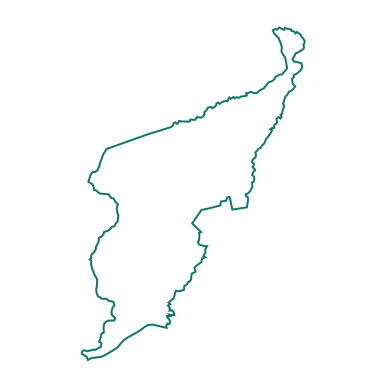 the district of Venâncio Aires, Rio Grande do Sul, Brazil, rotated 78°
{"feature_id": "56859067B17249233565131", "entity_name": "Venâncio Aires", "entity_type": "district", "adm_level": 2, "iso_a3": "BRA", "parent_name": "Brazil", "parent_adm1": "Rio Grande do Sul", "projection": "natural_earth1", "projection_center": [-52.217, -29.554], "detail": "fine", "context": "isolated", "style": "outline", "palette": "teal", "viewbox_px": 384, "rotation_deg": 78, "n_neighbors": 0, "source": "geoboundaries", "source_scale": "gbopen_adm2", "svg_char_len": 4333}
<svg xmlns="http://www.w3.org/2000/svg" viewBox="0 0 384 384"><g transform="rotate(78 192 192)"><path d="M319.6,245.1L317.6,245.0L315.6,243.4L316.5,241.3L313.9,240.4L310.9,241.1L309.7,242.3L308.1,242.1L308.8,239.0L307.1,239.9L308.8,234.9L305.9,234.8L303.6,236.0L303.4,238.7L301.1,237.8L298.0,239.1L297.3,236.6L295.3,238.0L292.3,232.2L289.4,230.5L287.3,229.6L285.4,228.5L286.1,226.1L286.5,224.0L286.0,220.1L282.3,219.1L281.4,216.2L279.5,214.8L278.7,212.3L277.0,210.9L274.4,210.3L271.8,209.1L270.8,205.1L266.6,205.4L265.1,202.9L263.9,200.6L262.5,197.4L259.1,195.9L258.7,192.6L257.1,194.2L255.8,193.2L254.2,191.4L251.1,191.1L248.1,188.5L247.4,191.2L246.2,193.7L244.6,196.2L242.0,196.5L240.5,195.0L237.8,194.3L235.1,193.6L233.2,193.5L233.0,191.5L231.4,192.5L229.5,193.8L226.2,196.0L222.8,198.4L211.5,186.4L211.6,182.1L211.1,167.1L207.3,165.7L207.7,160.3L204.6,158.6L204.6,156.2L217.6,156.2L218.4,141.5L213.5,139.6L211.5,138.8L208.9,138.5L207.2,140.0L205.3,140.0L204.9,137.3L203.4,135.1L199.7,131.9L197.4,131.5L195.3,131.3L194.7,129.4L192.2,128.3L189.9,128.2L187.9,129.6L185.4,128.2L183.7,125.6L182.2,126.2L180.3,127.5L178.4,125.8L176.8,125.7L175.5,127.1L173.2,126.0L170.8,122.2L168.6,121.7L166.4,121.8L165.2,119.8L163.5,117.8L163.1,115.7L161.0,113.8L159.7,111.5L158.0,110.1L156.1,108.9L154.3,106.9L151.8,104.0L150.1,102.2L148.3,100.8L146.9,102.4L146.1,100.5L146.4,98.5L143.6,97.6L142.6,95.4L141.3,94.0L139.6,94.3L137.8,94.1L136.7,91.7L138.5,90.1L136.9,88.7L134.9,89.3L134.2,87.5L131.8,86.8L129.3,85.3L127.0,83.9L124.3,84.6L122.6,83.3L119.5,81.7L118.0,80.8L116.8,78.5L114.2,76.5L112.9,72.2L111.6,70.8L110.3,69.1L106.9,71.0L101.9,70.5L100.7,68.4L98.8,68.2L98.1,65.2L96.2,61.3L94.0,58.9L91.9,58.0L88.9,58.2L87.4,60.9L85.5,65.3L82.8,66.0L79.5,62.8L78.0,61.9L77.4,58.9L75.2,53.2L73.5,52.2L71.4,52.5L69.0,50.6L66.8,50.7L64.9,51.3L62.6,52.8L60.8,52.9L59.5,54.1L57.3,56.0L58.5,57.7L56.3,58.7L55.3,61.1L53.6,61.1L52.2,64.9L50.9,67.0L52.6,68.4L49.3,72.4L50.9,75.3L49.9,76.8L50.5,79.2L53.5,78.9L55.8,77.6L57.6,76.5L59.6,75.1L62.3,74.9L64.4,74.2L66.2,74.5L68.1,73.9L70.2,74.4L73.2,75.3L76.0,74.6L79.9,72.8L89.6,73.2L91.3,73.6L92.6,75.3L93.9,77.2L95.7,79.4L95.4,82.2L96.1,84.2L96.7,86.5L98.5,87.6L99.7,89.5L100.4,91.7L100.7,94.5L102.1,96.0L103.6,98.0L105.6,100.2L106.1,102.6L106.8,104.6L107.8,106.3L108.8,108.8L107.8,111.5L106.2,113.4L106.7,116.3L106.7,118.6L109.0,118.3L109.2,120.9L108.8,124.1L109.7,126.2L108.6,128.3L109.3,130.8L107.7,131.5L108.9,134.9L107.3,135.9L108.9,137.3L110.5,138.2L110.0,140.3L109.9,142.5L110.4,144.3L111.6,146.8L109.9,147.7L110.3,149.6L112.2,150.4L113.6,152.4L114.2,154.7L112.7,155.6L112.8,158.8L115.2,161.0L116.6,163.4L118.9,163.7L120.2,165.2L121.2,167.6L120.6,169.5L119.5,171.3L120.8,172.5L122.1,174.2L121.4,176.3L120.8,178.3L122.7,179.9L122.1,181.9L121.4,185.1L120.6,188.1L119.8,189.9L121.3,190.8L122.3,192.3L120.3,193.9L121.1,195.7L122.9,196.7L124.2,198.8L124.3,200.8L126.5,224.0L132.2,266.8L134.0,268.3L135.5,269.7L136.8,271.0L138.6,272.2L142.2,274.4L145.4,276.6L147.3,277.0L148.9,278.4L151.4,280.2L152.2,283.0L151.8,285.0L153.2,286.6L154.4,287.8L156.4,288.9L159.2,290.6L160.6,291.2L163.8,287.6L167.1,287.1L169.6,287.5L170.3,285.7L171.7,284.7L174.2,282.6L175.0,280.7L175.6,278.2L176.5,275.9L177.0,273.9L180.9,272.4L182.3,269.9L184.1,269.4L186.4,268.8L188.1,267.1L189.9,267.7L191.4,268.6L193.4,269.3L195.3,269.1L197.6,269.3L200.0,269.0L202.1,269.8L205.5,270.9L206.7,272.9L209.3,275.0L209.6,277.7L210.9,279.4L211.9,280.9L212.5,283.1L212.8,286.2L215.2,287.6L216.6,289.5L217.6,292.7L220.1,293.3L221.9,294.1L223.9,295.7L225.9,297.5L228.1,297.9L230.2,300.0L232.0,302.8L233.8,304.1L235.6,304.3L236.7,306.1L238.5,304.9L241.6,305.7L247.0,305.6L248.9,305.0L251.7,304.8L258.0,302.9L264.9,304.8L267.4,306.0L271.9,306.3L274.5,305.6L275.6,304.1L277.7,302.4L278.7,297.7L280.8,296.6L281.7,294.6L283.2,291.7L286.8,291.5L288.4,293.6L292.5,295.7L295.7,295.9L299.3,293.4L301.5,294.9L300.8,298.5L300.5,300.8L301.3,303.6L302.7,305.3L304.9,306.3L311.2,307.5L311.8,310.1L316.5,312.2L319.0,314.0L321.1,312.0L324.5,313.2L325.1,315.6L326.3,319.3L325.7,321.8L326.1,327.7L324.4,330.2L324.6,332.2L327.4,333.4L331.4,329.2L334.7,328.7L333.5,325.1L334.4,315.0L333.7,311.7L330.5,302.1L328.7,297.6L323.2,290.3L320.8,284.9L319.7,281.0L316.9,272.0L314.4,266.9L313.1,263.2L313.4,258.3L319.6,245.1Z" fill="none" stroke="#0f766e" stroke-width="2"/></g></svg>